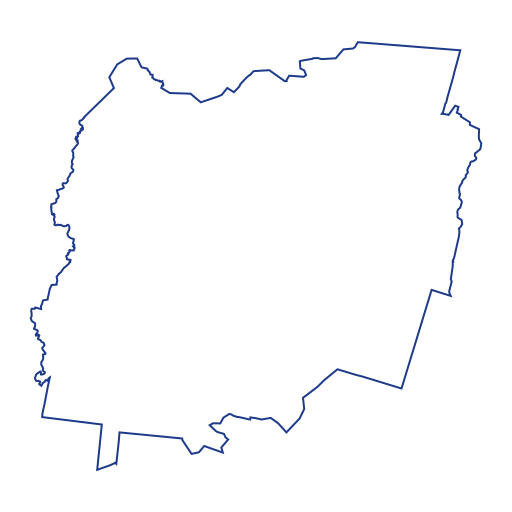 the district of Pededzes pag., Aluksne, Latvia
{"feature_id": "27541924B28256334798833", "entity_name": "Pededzes pag.", "entity_type": "district", "adm_level": 2, "iso_a3": "LVA", "parent_name": "Latvia", "parent_adm1": "Aluksne", "projection": "albers", "projection_center": [27.465, 57.478], "detail": "fine", "context": "isolated", "style": "outline", "palette": "blue", "viewbox_px": 512, "rotation_deg": 0, "n_neighbors": 0, "source": "geoboundaries", "source_scale": "gbopen_adm2", "svg_char_len": 5746}
<svg xmlns="http://www.w3.org/2000/svg" viewBox="0 0 512 512"><path d="M401.5,388.5L431.6,289.9L450.7,295.9L449.8,293.9L449.2,291.9L449.2,291.2L451.7,281.5L450.8,279.3L452.7,266.4L452.7,263.7L452.8,263.2L452.7,262.8L452.8,262.1L453.1,262.0L452.9,261.6L453.0,261.4L452.8,261.1L453.0,260.8L452.8,260.4L453.4,259.7L453.6,258.7L454.1,257.8L458.9,236.5L459.3,233.3L459.4,231.3L459.3,230.5L458.9,228.6L460.5,227.0L462.2,224.1L461.6,220.0L457.9,217.7L457.5,217.0L457.7,214.7L457.3,212.0L457.7,210.3L458.6,209.0L459.9,208.0L460.3,207.4L461.8,202.4L461.7,201.5L461.3,200.4L459.5,198.6L459.1,197.9L460.0,194.3L460.0,193.9L459.5,193.2L459.4,191.5L459.1,190.4L459.2,188.1L460.0,185.8L462.1,182.7L462.3,181.2L463.3,179.7L465.7,177.3L465.8,175.1L467.8,172.7L467.8,171.6L467.3,170.8L467.3,170.2L467.7,168.8L468.8,166.4L469.8,165.1L470.5,162.1L471.7,161.4L473.0,161.4L475.9,159.5L476.4,158.1L474.9,155.9L474.8,154.7L475.1,153.3L476.1,152.7L480.2,149.2L480.6,147.7L481.3,143.3L479.1,139.5L478.8,136.1L479.1,129.2L469.8,124.9L470.0,122.5L469.9,122.3L460.9,116.6L460.8,116.3L461.2,115.1L460.9,114.8L456.8,112.7L457.9,109.7L457.6,109.3L458.5,106.9L455.2,105.7L448.6,114.9L444.8,114.1L441.8,113.8L443.0,112.2L445.3,103.8L446.1,102.8L447.6,96.7L453.1,77.4L454.2,72.7L460.3,50.3L357.8,42.2L355.1,46.9L353.1,48.5L343.4,49.4L335.7,58.3L321.5,59.1L317.5,58.0L312.9,58.3L312.4,58.8L300.5,60.9L299.8,61.3L300.4,68.5L304.2,70.4L306.1,75.0L303.9,76.8L289.2,75.7L286.6,80.0L286.5,80.5L286.6,81.1L284.8,81.2L269.3,70.2L254.1,71.1L253.2,71.5L250.0,75.1L249.4,75.2L246.6,77.5L240.4,84.1L239.3,86.6L233.9,92.2L227.3,88.0L221.8,94.8L218.8,96.2L200.7,102.3L190.6,93.7L169.8,93.0L161.3,87.9L161.6,87.5L161.6,86.8L162.0,85.7L163.1,85.7L163.3,85.5L162.8,84.3L163.2,84.0L163.0,83.6L163.0,83.1L162.5,82.4L162.4,82.1L162.1,81.8L162.2,81.3L161.5,81.6L161.0,81.3L160.6,81.7L160.2,81.8L159.9,81.6L159.8,81.0L159.5,80.7L158.2,80.8L156.4,79.9L155.7,80.1L155.1,79.5L154.0,79.2L153.7,78.7L152.3,77.6L152.7,76.9L152.5,75.9L152.6,74.8L150.5,74.5L149.3,71.6L147.8,70.4L147.7,69.3L147.4,68.7L141.7,67.3L140.9,66.1L137.2,58.5L126.8,58.6L117.2,64.4L109.3,77.2L113.9,88.1L83.9,117.4L84.0,117.8L81.8,120.0L81.1,120.5L80.2,120.6L79.8,120.9L79.5,121.6L79.3,122.7L79.6,123.8L80.2,124.6L82.2,125.7L82.2,126.7L82.6,127.4L81.6,128.3L82.2,128.5L82.9,128.2L83.0,129.0L82.9,129.4L81.7,130.2L81.4,130.6L81.2,130.6L81.1,129.9L80.5,130.2L80.5,130.8L80.0,131.6L80.0,132.8L79.7,133.4L79.2,133.5L79.1,132.5L77.9,132.9L77.7,133.4L77.9,134.4L77.7,134.8L78.1,136.3L77.1,137.4L76.2,136.8L76.0,137.1L76.2,137.9L76.8,138.3L76.8,138.6L76.4,139.0L75.6,138.9L75.7,139.3L76.5,139.6L76.5,140.3L77.6,140.5L77.6,140.8L77.4,141.2L76.8,141.3L76.9,141.7L77.9,142.4L78.0,142.9L77.7,144.0L77.2,144.8L76.4,145.5L73.7,149.0L72.3,150.4L72.4,151.3L73.1,152.6L73.3,154.2L73.1,155.9L73.6,157.1L71.9,161.1L71.8,162.7L72.0,163.2L72.6,163.9L72.6,164.3L71.8,165.3L71.5,167.5L71.7,168.0L73.2,169.7L73.4,170.4L73.2,171.2L72.6,172.0L70.7,173.2L70.3,173.8L69.5,175.9L67.7,178.5L67.6,179.6L68.0,180.9L66.8,182.6L66.1,183.2L65.5,183.4L63.4,183.1L62.7,183.7L62.6,184.9L63.8,187.1L63.8,187.5L63.5,188.0L62.2,188.7L60.7,188.9L59.4,189.7L56.9,190.3L57.8,193.8L58.5,195.3L58.7,196.5L58.3,197.0L58.2,197.8L56.3,199.2L56.4,201.0L56.1,202.2L54.9,203.1L51.4,204.2L51.3,204.7L51.4,205.7L51.0,207.2L51.5,207.8L51.2,209.0L52.0,214.3L52.5,214.6L53.0,214.4L53.2,213.9L53.9,213.8L54.4,214.5L53.8,215.4L54.6,216.3L54.5,217.5L53.9,218.6L54.1,220.1L54.9,222.5L54.4,224.5L54.7,225.0L56.1,225.3L57.9,224.6L58.7,225.1L60.5,224.8L63.8,226.3L66.3,225.9L67.4,224.9L68.2,224.9L68.6,225.2L69.2,226.3L69.4,227.3L69.4,228.6L69.1,230.0L67.4,233.3L67.6,234.7L68.5,236.6L69.0,237.0L70.8,238.1L73.9,239.2L73.9,239.7L73.0,243.1L73.5,244.0L74.1,244.6L74.3,245.1L73.9,245.8L73.0,246.3L73.5,246.9L74.4,247.1L74.7,247.7L74.5,248.6L73.8,249.4L73.8,250.4L70.9,250.4L70.0,250.0L69.4,250.2L69.2,250.4L69.3,250.7L69.6,251.4L69.5,252.2L68.7,252.9L68.0,253.1L67.9,253.6L68.2,254.4L67.7,255.0L66.6,255.5L66.3,256.1L66.2,256.6L66.5,257.4L67.3,258.7L67.1,259.3L70.5,259.9L70.2,262.0L69.6,261.9L68.9,263.7L63.6,268.3L60.8,272.3L59.0,273.7L56.6,276.9L57.3,280.3L56.5,283.9L56.6,284.6L51.7,285.0L49.8,288.9L48.5,295.1L47.9,297.4L47.6,299.6L43.2,300.3L42.8,301.0L42.1,303.9L41.4,305.2L41.0,306.3L41.1,309.1L35.3,307.5L34.9,308.7L31.6,308.8L31.2,311.0L31.6,313.5L31.6,316.3L30.7,318.4L32.0,321.2L35.0,323.2L35.2,324.8L34.9,326.9L34.0,328.4L34.1,329.0L36.7,329.8L37.7,330.9L37.4,332.4L35.7,334.7L36.0,335.6L37.4,335.5L38.4,334.6L39.3,335.4L37.9,338.7L38.3,339.2L40.5,340.1L41.5,341.8L43.6,342.8L44.5,345.3L42.3,347.9L42.3,348.9L45.5,353.3L45.3,353.9L45.0,354.2L43.1,354.4L42.9,355.0L43.3,358.3L42.6,360.2L41.3,362.2L41.3,364.8L43.2,368.3L42.7,370.1L43.4,371.1L44.8,372.1L44.8,373.0L44.3,373.7L41.7,374.7L40.9,374.4L40.9,372.0L40.3,371.5L36.8,373.8L36.0,374.9L35.0,378.1L35.1,378.9L36.1,380.7L36.8,381.1L38.4,380.8L40.1,381.6L40.1,382.4L39.2,383.8L39.4,384.5L40.8,385.0L41.3,385.7L42.2,384.3L42.5,383.2L44.6,381.9L45.6,380.2L46.2,379.9L47.4,380.8L48.4,381.0L48.5,380.2L48.3,379.5L48.3,379.0L48.5,378.4L49.8,377.5L47.8,386.7L44.5,404.2L44.1,405.9L43.4,408.9L42.9,411.0L42.8,412.3L42.4,413.5L42.2,417.1L101.8,424.5L97.2,469.8L109.9,465.3L114.6,463.2L115.0,462.8L116.3,463.9L118.7,442.1L119.5,432.4L182.2,438.5L182.5,440.3L191.6,453.9L198.9,452.3L204.2,446.0L222.8,452.6L221.3,447.5L228.2,439.5L225.5,437.3L224.0,433.9L217.4,432.0L215.8,431.0L209.7,425.2L213.0,423.3L220.3,423.4L223.4,417.7L229.2,414.0L231.4,414.4L233.0,415.6L237.0,416.9L239.6,417.2L250.0,419.6L250.3,418.9L250.4,417.4L255.9,418.2L261.6,419.5L270.7,417.9L278.2,423.3L286.4,432.4L299.6,418.5L304.2,409.0L303.0,397.8L317.5,386.8L324.5,379.9L337.5,369.3L356.0,374.9L363.0,376.7L401.5,388.5Z" fill="none" stroke="#1e3a8a" stroke-width="2"/></svg>